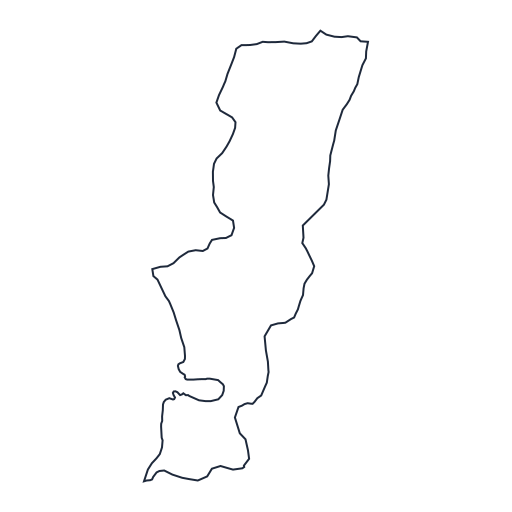 outline of Ndokwa East, Delta, Nigeria
{"feature_id": "59680162B10854216301983", "entity_name": "Ndokwa East", "entity_type": "district", "adm_level": 2, "iso_a3": "NGA", "parent_name": "Nigeria", "parent_adm1": "Delta", "projection": "natural_earth1", "projection_center": [6.478, 5.659], "detail": "fine", "context": "isolated", "style": "outline", "palette": "slate", "viewbox_px": 512, "rotation_deg": 0, "n_neighbors": 0, "source": "geoboundaries", "source_scale": "gbopen_adm2", "svg_char_len": 2978}
<svg xmlns="http://www.w3.org/2000/svg" viewBox="0 0 512 512"><path d="M239.8,433.3L234.9,417.5L238.5,407.0L241.9,405.7L244.5,404.1L247.6,403.2L251.0,403.7L252.6,403.8L254.5,401.9L257.3,398.2L261.2,395.5L265.2,386.2L266.8,382.7L267.8,375.9L268.6,372.0L268.4,370.3L267.9,361.7L265.9,350.4L264.7,337.6L264.6,336.3L271.0,325.4L278.0,323.4L284.0,322.9L285.4,322.7L291.1,319.0L294.1,317.5L295.8,313.5L297.9,309.4L298.9,305.9L300.4,301.0L301.1,299.3L303.0,295.1L303.6,288.3L304.5,283.7L306.9,279.7L309.6,276.2L312.1,273.2L314.2,266.2L311.9,260.8L309.2,255.2L307.3,251.2L306.2,249.1L306.0,248.6L302.3,243.1L303.5,237.7L302.8,225.5L323.9,204.7L326.4,199.7L328.9,184.2L328.3,175.6L329.1,168.1L330.1,161.2L330.3,155.4L333.1,144.5L334.2,140.6L335.8,130.4L339.3,120.0L342.7,109.7L346.9,104.1L349.6,99.8L351.1,95.8L353.8,91.3L355.3,87.7L357.3,84.2L358.8,77.0L362.4,65.2L365.9,58.4L366.1,53.8L366.2,51.4L368.0,41.8L360.6,41.3L356.9,37.4L347.9,36.2L341.6,37.1L334.5,36.7L326.3,34.6L320.4,30.7L315.9,36.0L311.8,41.4L306.6,43.2L300.7,43.7L293.2,43.3L284.3,41.6L279.4,41.9L276.1,42.1L267.9,42.2L262.7,41.8L256.8,44.1L250.1,45.0L246.8,45.1L241.5,45.1L240.1,46.1L236.3,48.7L234.1,57.1L231.2,64.6L227.5,73.9L225.3,81.4L224.1,84.0L223.0,86.7L219.0,95.1L216.4,102.6L220.2,110.5L226.9,114.4L227.0,114.4L232.1,117.4L235.5,122.2L235.1,127.9L232.9,134.1L229.6,141.2L226.6,146.5L222.2,153.1L216.6,158.5L214.0,163.8L213.5,167.6L212.9,171.7L213.0,180.9L213.8,187.1L213.0,195.0L214.2,202.5L217.2,207.3L218.3,209.3L220.1,212.5L226.0,216.3L233.0,220.6L234.1,227.9L231.5,235.2L225.9,238.0L220.1,238.2L212.0,239.9L209.9,243.2L209.4,244.2L207.5,248.5L202.8,251.0L195.7,250.2L188.3,251.6L183.3,254.8L179.4,257.4L173.5,263.2L167.5,266.3L160.4,266.8L152.3,269.1L153.4,276.1L157.5,279.6L165.4,296.3L168.9,301.0L170.2,303.9L173.7,312.5L176.0,320.0L179.4,330.1L181.2,338.0L184.3,347.2L185.0,356.0L184.9,359.0L183.3,362.0L179.9,363.3L178.4,364.3L177.9,365.9L178.7,369.2L180.2,371.9L183.0,373.8L184.6,374.7L185.1,376.3L184.7,377.3L185.7,379.1L187.2,379.6L193.4,379.6L197.5,379.3L202.4,379.1L205.8,379.1L207.0,378.7L210.0,378.7L218.1,380.1L220.4,382.2L222.9,384.3L223.9,386.2L223.7,390.8L222.2,395.1L218.3,399.3L210.9,401.1L205.3,401.1L199.0,400.3L189.3,396.0L188.1,395.1L185.9,395.2L183.3,393.3L182.0,394.4L180.1,395.1L177.4,392.2L175.4,391.3L173.7,391.5L172.9,392.9L173.6,395.1L175.0,397.5L174.2,399.1L173.0,399.5L169.3,398.2L165.7,399.7L163.8,402.0L163.0,404.5L162.9,407.5L162.8,410.3L162.1,416.4L162.2,420.9L161.2,423.7L161.1,426.5L161.5,434.3L161.7,437.8L162.6,440.3L162.0,447.4L161.2,449.9L159.8,454.1L156.5,458.3L151.9,463.2L147.9,469.5L144.0,481.3L146.7,480.5L150.2,480.2L152.1,479.4L153.2,476.9L154.7,474.9L156.6,472.4L159.4,471.0L164.2,470.5L172.4,474.6L182.2,477.8L188.1,478.9L189.2,479.1L197.8,480.5L200.6,479.3L207.2,476.4L211.9,468.7L220.5,466.0L228.4,468.3L233.0,469.6L242.3,468.3L244.2,467.0L243.9,465.6L249.1,458.8L248.0,450.5L245.5,439.3L239.8,433.3Z" fill="none" stroke="#1e293b" stroke-width="2"/></svg>